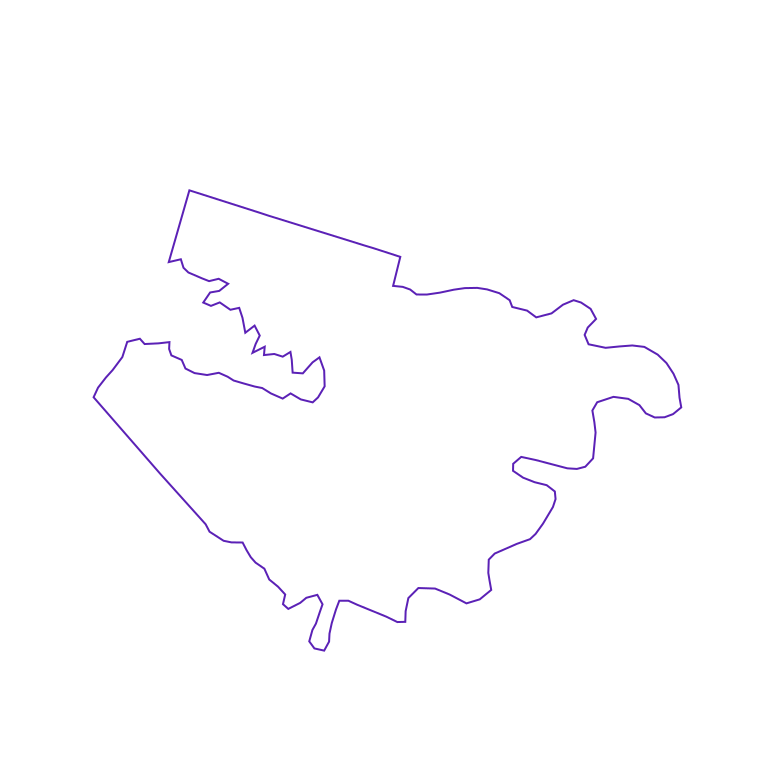 the district of Fênix, Paraná, Brazil, rotated 74°
{"feature_id": "56859067B81094551622524", "entity_name": "Fênix", "entity_type": "district", "adm_level": 2, "iso_a3": "BRA", "parent_name": "Brazil", "parent_adm1": "Paraná", "projection": "natural_earth1", "projection_center": [-52.026, -23.893], "detail": "fine", "context": "isolated", "style": "outline", "palette": "violet", "viewbox_px": 768, "rotation_deg": 74, "n_neighbors": 0, "source": "geoboundaries", "source_scale": "gbopen_adm2", "svg_char_len": 2325}
<svg xmlns="http://www.w3.org/2000/svg" viewBox="0 0 768 768"><g transform="rotate(74 384 384)"><path d="M549.7,541.7L559.1,537.0L567.8,541.8L573.8,538.0L571.3,524.9L568.1,517.6L568.3,506.2L578.8,503.8L585.0,508.2L595.6,515.5L600.7,520.6L610.8,526.8L619.0,523.8L623.8,515.0L616.5,507.8L608.9,505.2L599.4,500.1L587.5,492.3L580.0,486.7L582.5,478.0L588.9,470.5L608.3,445.9L616.5,436.8L618.5,429.1L608.3,425.8L596.5,419.6L589.6,407.2L594.7,391.3L604.5,378.9L617.6,365.2L617.4,351.3L611.5,337.7L601.8,336.7L594.3,335.8L581.7,331.7L577.5,324.3L574.3,300.5L573.4,286.4L569.9,279.6L562.1,269.7L548.8,255.5L541.9,250.8L534.4,249.4L526.1,255.5L519.9,266.3L512.4,276.1L503.0,283.9L496.3,281.8L491.9,272.2L498.8,259.3L508.7,242.6L515.6,231.0L518.8,222.0L519.0,213.3L513.1,203.5L489.0,194.0L478.6,192.3L466.9,191.0L460.3,184.1L459.6,167.0L465.6,153.3L474.7,144.3L484.4,140.4L490.8,133.0L493.3,123.5L492.6,114.4L488.4,104.7L478.6,103.7L466.0,101.2L453.9,102.9L441.7,106.7L431.2,112.8L420.1,123.5L415.4,134.7L412.8,147.3L410.3,161.0L402.2,176.4L392.1,177.6L385.9,172.6L379.9,162.2L368.7,164.7L360.0,172.1L355.7,178.6L357.1,190.1L362.3,203.5L361.9,219.3L352.9,226.2L345.3,239.5L338.1,240.1L328.5,248.1L321.5,258.8L317.3,267.9L314.1,279.9L312.6,290.8L311.6,305.0L309.8,318.3L306.9,328.1L300.4,332.8L295.8,339.2L292.2,348.2L266.3,333.3L250.4,356.9L245.4,364.7L190.5,448.4L185.8,455.3L144.2,517.7L207.5,557.3L208.1,544.9L217.0,544.7L222.9,541.3L232.3,529.8L236.9,523.8L237.3,513.9L244.7,506.2L249.1,516.7L248.1,525.9L255.9,535.3L261.2,528.8L260.3,519.4L270.3,511.2L270.9,502.2L281.4,501.8L296.5,503.2L292.2,492.3L303.2,490.1L310.1,496.3L317.8,501.8L315.3,488.4L323.1,491.4L324.9,481.2L329.8,473.8L327.4,465.1L335.3,466.0L347.9,468.7L351.4,459.1L343.5,446.7L340.6,438.7L354.6,437.8L369.9,441.7L378.7,451.1L382.0,457.6L375.9,468.2L367.3,476.4L370.1,485.4L361.9,495.3L354.3,502.2L350.8,509.0L344.7,518.9L339.2,527.6L333.9,532.3L327.7,539.7L326.6,551.6L321.3,563.1L314.4,570.6L305.1,571.8L297.9,580.5L291.1,580.9L284.6,578.7L282.8,589.4L279.6,603.1L273.2,606.2L272.7,619.2L286.0,628.1L295.8,641.0L301.1,649.5L308.7,659.9L316.7,666.8L408.5,623.9L469.7,594.1L477.9,592.4L485.1,586.1L490.5,581.4L494.2,574.3L497.4,563.6L505.9,561.9L513.8,559.8L520.3,556.7L528.6,549.9L540.3,548.2L549.7,541.7Z" fill="none" stroke="#5b21b6" stroke-width="2"/></g></svg>